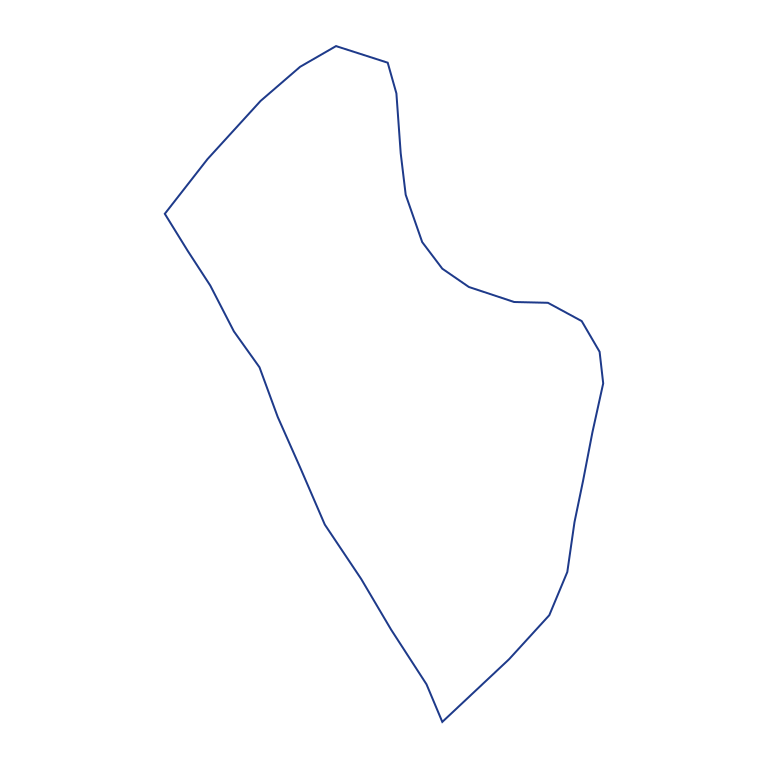 the district of Libreville, Estuaire, Gabon
{"feature_id": "22940354B47630022104782", "entity_name": "Libreville", "entity_type": "district", "adm_level": 2, "iso_a3": "GAB", "parent_name": "Gabon", "parent_adm1": "Estuaire", "projection": "natural_earth1", "projection_center": [9.457, 0.451], "detail": "fine", "context": "isolated", "style": "outline", "palette": "blue", "viewbox_px": 768, "rotation_deg": 0, "n_neighbors": 0, "source": "geoboundaries", "source_scale": "gbopen_adm2", "svg_char_len": 543}
<svg xmlns="http://www.w3.org/2000/svg" viewBox="0 0 768 768"><path d="M442.3,721.9L509.1,659.2L549.3,615.2L567.3,572.0L574.5,522.1L583.1,480.6L592.4,432.4L603.2,383.4L599.6,351.8L581.7,321.1L547.9,302.8L514.1,302.0L468.9,287.0L442.3,268.7L422.2,242.1L405.7,194.8L400.7,153.2L396.4,93.4L387.7,62.7L336.0,46.1L300.1,66.8L260.6,100.9L207.5,159.1L164.8,213.8L187.8,251.0L210.3,285.6L233.9,331.4L259.5,367.3L277.7,416.9L300.2,467.6L324.8,524.6L361.2,579.0L391.2,629.8L426.5,684.3L442.3,721.9Z" fill="none" stroke="#1e3a8a" stroke-width="2"/></svg>